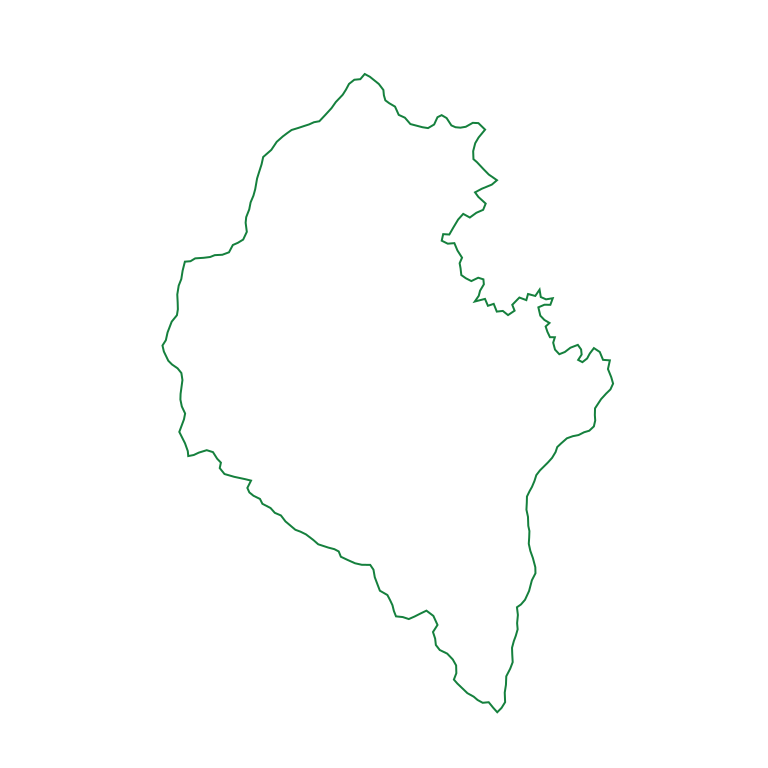 outline of Luís Antônio, São Paulo, Brazil, rotated 191°
{"feature_id": "56859067B15496650463399", "entity_name": "Luís Antônio", "entity_type": "district", "adm_level": 2, "iso_a3": "BRA", "parent_name": "Brazil", "parent_adm1": "São Paulo", "projection": "robinson", "projection_center": [-47.801, -21.547], "detail": "fine", "context": "isolated", "style": "outline", "palette": "green", "viewbox_px": 768, "rotation_deg": 191, "n_neighbors": 0, "source": "geoboundaries", "source_scale": "gbopen_adm2", "svg_char_len": 3672}
<svg xmlns="http://www.w3.org/2000/svg" viewBox="0 0 768 768"><g transform="rotate(191 384 384)"><path d="M210.2,83.4L206.8,88.5L204.4,94.8L206.6,104.1L206.9,112.0L208.2,120.4L205.8,128.6L204.6,135.5L206.5,143.0L208.0,149.5L207.5,156.4L206.6,161.9L206.0,168.7L207.7,174.6L208.5,182.8L210.9,190.2L207.5,193.7L204.4,199.1L202.1,208.5L201.4,219.5L199.2,227.1L200.5,233.0L204.6,241.5L208.5,248.1L211.4,254.8L212.2,261.1L213.2,267.4L215.3,272.3L217.3,281.0L220.2,287.8L221.2,294.9L222.2,300.8L220.7,306.4L219.1,311.3L217.8,317.5L217.1,323.6L214.4,329.0L208.0,338.4L204.9,343.6L202.6,349.9L201.9,355.2L198.8,359.5L194.1,365.6L188.7,368.8L183.3,371.0L178.4,374.8L173.6,377.3L169.9,382.4L169.7,388.5L171.1,393.7L172.2,400.4L168.0,410.6L164.1,417.0L160.7,421.9L159.2,428.1L162.2,434.0L167.0,441.4L166.8,450.3L173.6,449.5L178.3,456.6L184.8,459.3L187.8,453.2L189.5,447.8L193.4,443.3L198.0,444.7L195.6,450.6L197.1,455.5L201.2,459.4L207.9,455.2L212.6,449.9L217.6,446.7L222.7,450.4L225.8,456.8L225.2,462.5L230.0,461.6L233.6,466.5L236.3,471.3L233.2,475.5L238.8,477.5L243.6,480.9L247.1,488.7L241.7,492.4L235.8,493.5L234.7,500.4L241.1,498.0L246.7,499.3L249.3,506.3L252.3,499.3L259.8,499.8L260.3,493.5L267.6,494.7L273.2,486.2L269.8,480.9L275.4,475.3L281.3,478.4L287.1,476.6L291.6,483.6L296.9,480.6L301.1,486.8L310.6,482.3L307.8,488.7L307.5,493.9L305.0,500.9L306.4,505.7L311.8,506.3L317.9,501.7L323.8,503.4L328.9,505.7L330.9,512.1L332.8,517.0L331.5,522.9L337.4,529.1L341.8,535.7L348.2,533.9L354.7,535.7L354.5,542.4L348.4,543.2L345.8,550.8L342.6,559.6L338.7,566.1L331.5,563.8L326.0,569.7L319.9,573.9L318.6,580.5L327.0,585.6L331.2,589.5L325.3,594.3L316.2,600.3L312.0,605.6L321.1,609.6L327.2,613.8L335.1,619.5L339.1,621.8L340.9,629.6L340.4,637.8L338.2,644.0L333.3,653.0L341.1,658.1L346.7,657.3L352.8,652.1L357.9,650.2L362.8,649.7L367.2,650.7L373.3,657.0L378.7,658.9L382.4,656.1L384.3,648.3L389.6,643.6L395.3,643.4L407.7,644.2L414.3,649.4L420.9,651.0L426.1,658.4L432.4,660.6L436.8,662.7L439.2,667.4L440.7,672.5L446.3,677.5L456.5,682.9L462.1,684.6L465.4,678.7L471.2,677.0L475.6,671.9L477.5,665.7L479.7,660.1L485.1,651.6L488.1,644.9L493.1,636.7L497.6,629.6L502.7,627.6L507.1,624.5L511.3,622.2L516.8,619.1L523.2,615.7L526.8,611.9L530.5,607.8L535.5,601.3L539.3,592.3L545.9,583.8L546.1,576.2L547.1,567.8L547.8,561.5L547.6,550.6L548.1,544.0L549.6,536.8L549.6,529.7L551.1,521.5L550.6,515.9L547.7,507.2L549.8,498.9L554.4,494.7L558.9,491.6L561.3,483.7L567.4,480.0L574.7,478.2L578.9,475.5L585.0,473.5L593.3,471.3L597.4,467.6L602.8,466.1L603.3,456.9L603.0,448.3L604.3,441.4L604.0,432.4L602.1,424.7L600.6,418.0L600.4,412.0L604.3,404.7L606.3,393.3L606.5,385.4L608.8,379.5L606.3,373.9L600.2,365.7L595.8,362.7L589.6,360.0L585.0,356.1L582.6,349.4L581.8,335.5L580.9,329.9L578.2,323.4L573.6,317.1L573.6,311.2L575.8,297.9L568.0,287.8L563.8,280.7L562.4,275.9L557.2,278.0L552.7,281.3L545.4,285.2L538.9,284.5L533.5,278.8L529.1,275.7L529.2,270.1L523.4,265.2L513.3,264.3L502.2,264.1L496.1,263.8L498.3,255.9L495.5,251.9L490.8,249.4L483.8,247.5L480.5,243.2L471.7,240.6L466.6,236.7L460.1,235.3L454.5,230.3L443.2,224.0L437.8,223.1L431.9,221.5L423.8,217.5L418.0,214.1L407.5,212.8L401.2,212.4L396.5,211.0L393.4,206.2L386.0,204.3L378.2,202.5L371.4,202.3L363.0,203.8L358.9,199.7L356.2,192.6L351.9,185.6L348.6,180.3L340.4,177.5L336.8,173.0L333.5,168.5L331.0,163.1L327.9,158.2L321.1,158.8L314.8,158.0L309.6,161.6L304.2,165.8L299.1,169.6L291.3,165.8L285.5,157.7L288.6,149.9L285.2,143.8L283.3,137.7L278.5,133.5L270.5,131.4L263.9,126.7L259.5,121.5L257.8,113.9L259.0,107.2L254.9,104.0L250.7,101.3L243.1,96.4L236.3,94.2L231.9,91.7L226.3,89.9L220.5,91.6L215.1,87.1L210.2,83.4Z" fill="none" stroke="#15803d" stroke-width="2"/></g></svg>